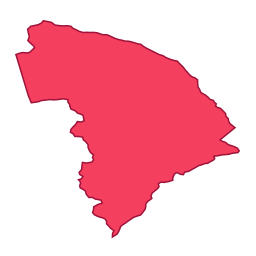 the district of Itapé, Bahia, Brazil, rotated 269°
{"feature_id": "56859067B92693928020841", "entity_name": "Itapé", "entity_type": "district", "adm_level": 2, "iso_a3": "BRA", "parent_name": "Brazil", "parent_adm1": "Bahia", "projection": "equal_earth", "projection_center": [-39.512, -14.957], "detail": "fine", "context": "isolated", "style": "filled", "palette": "rose", "viewbox_px": 256, "rotation_deg": 269, "n_neighbors": 0, "source": "geoboundaries", "source_scale": "gbopen_adm2", "svg_char_len": 2739}
<svg xmlns="http://www.w3.org/2000/svg" viewBox="0 0 256 256"><g transform="rotate(269 128 128)"><path d="M154.9,31.7L155.3,34.9L155.8,38.6L156.9,41.7L157.4,46.4L157.8,50.2L157.4,54.5L157.7,58.8L158.3,63.8L157.4,68.4L154.9,68.4L152.6,70.0L150.3,70.4L147.9,71.3L146.2,75.4L143.6,78.0L142.8,80.6L141.5,83.3L138.6,83.7L135.9,84.3L134.8,81.0L135.4,77.5L132.5,75.7L130.3,73.3L127.7,71.0L124.7,70.3L123.3,72.9L120.5,74.7L120.3,78.9L119.7,82.4L117.0,83.1L115.1,85.4L112.0,87.8L109.4,87.7L106.7,88.7L104.0,90.2L101.7,93.0L99.3,92.0L96.7,93.0L94.5,91.2L93.7,85.7L94.4,81.9L91.2,81.3L87.5,81.0L84.4,78.3L82.3,79.0L80.4,82.1L77.8,80.3L77.2,77.6L75.5,79.1L73.6,79.6L71.0,78.7L68.9,79.2L67.6,81.8L65.6,84.4L62.5,85.1L59.2,87.7L59.2,91.2L57.5,94.1L56.4,99.6L53.4,100.9L52.1,96.7L49.8,92.3L47.0,92.1L44.1,91.1L41.9,92.8L40.5,95.5L39.4,98.3L38.6,101.1L37.6,103.3L35.4,104.9L32.5,104.9L30.4,107.0L28.1,108.8L25.6,112.1L22.9,110.7L19.3,110.5L22.1,115.2L24.6,116.8L26.7,117.8L29.6,118.9L31.3,120.9L32.7,123.4L35.0,126.5L36.9,129.5L38.6,132.1L39.8,135.7L40.8,139.1L43.6,141.5L46.3,143.6L48.8,144.3L51.9,144.5L54.5,146.8L57.1,150.6L59.7,149.9L62.4,150.9L64.5,153.5L66.7,156.3L68.8,158.0L71.7,157.3L73.3,159.9L73.0,163.2L73.7,167.5L75.0,171.9L77.2,171.8L79.2,172.7L81.3,173.7L82.6,176.2L80.8,179.6L80.4,182.6L82.9,183.8L83.6,187.9L85.7,191.8L87.5,195.1L89.1,198.0L90.1,201.6L91.1,204.1L91.3,207.1L92.9,209.7L94.2,212.5L95.8,214.2L98.3,213.3L98.5,216.0L98.9,218.6L99.5,221.5L99.7,225.2L100.0,228.7L100.8,231.3L101.2,234.4L101.5,237.4L103.2,238.8L105.8,237.1L107.4,234.2L108.5,231.3L109.6,227.9L112.1,225.0L113.1,221.9L114.6,219.9L126.5,235.0L128.5,232.5L130.7,229.9L133.5,228.6L135.8,228.3L137.9,226.2L140.7,225.8L143.4,223.4L146.1,220.7L147.0,217.9L148.3,215.9L150.6,216.7L152.2,214.8L154.1,213.9L155.1,210.6L157.5,208.4L159.5,206.1L160.9,203.6L162.3,201.4L164.9,200.4L167.9,198.7L171.6,198.4L174.9,198.4L176.8,196.1L178.2,192.7L180.5,190.1L182.9,188.2L184.8,186.4L186.8,185.1L188.7,183.5L190.7,181.4L192.5,179.8L194.1,178.3L194.6,175.7L195.8,171.8L197.6,167.5L199.7,164.2L201.0,160.2L202.2,157.9L203.5,155.5L204.6,153.3L205.8,151.0L207.2,148.3L209.4,144.7L211.5,142.2L212.0,139.3L213.2,135.7L214.1,132.7L214.8,129.8L214.9,126.8L215.7,124.1L216.5,120.5L217.8,116.7L219.8,112.6L221.6,108.6L221.8,104.0L223.7,98.9L224.2,95.2L224.2,91.3L224.4,88.2L224.3,84.8L225.4,81.1L227.1,77.9L228.6,74.7L230.7,72.7L231.3,69.0L231.2,64.6L231.6,60.8L232.2,56.8L234.9,53.4L235.8,49.8L236.7,45.1L234.7,43.6L232.9,40.3L232.2,36.7L231.4,32.5L228.5,29.4L225.4,29.9L220.9,30.9L217.2,29.4L214.7,31.7L212.3,34.5L209.9,36.0L207.9,33.7L205.9,31.7L204.9,29.4L205.0,26.7L205.3,24.1L204.5,20.4L203.4,17.2L162.1,28.9L154.9,31.7Z" fill="#f43f5e" stroke="#9f1239" stroke-width="1.5"/></g></svg>